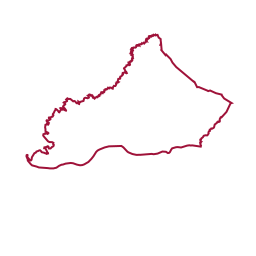 outline of Paso de los Libres, Corrientes, Argentina, rotated 40°
{"feature_id": "61730980B64755596751827", "entity_name": "Paso de los Libres", "entity_type": "district", "adm_level": 2, "iso_a3": "ARG", "parent_name": "Argentina", "parent_adm1": "Corrientes", "projection": "mercator", "projection_center": [-57.461, -29.678], "detail": "fine", "context": "isolated", "style": "outline", "palette": "rose", "viewbox_px": 256, "rotation_deg": 40, "n_neighbors": 0, "source": "geoboundaries", "source_scale": "gbopen_adm2", "svg_char_len": 5546}
<svg xmlns="http://www.w3.org/2000/svg" viewBox="0 0 256 256"><g transform="rotate(40 128 128)"><path d="M66.9,186.4L67.7,188.1L68.5,188.5L75.2,189.6L76.8,189.3L79.0,187.6L80.4,187.3L80.9,188.4L82.0,188.6L82.5,189.6L82.5,190.1L82.0,191.4L81.8,193.5L80.6,194.5L79.5,194.0L79.3,193.6L78.3,193.5L78.0,193.9L78.0,194.6L76.4,196.6L76.8,197.3L77.7,196.6L81.4,198.2L81.9,199.0L82.8,198.6L83.1,198.9L82.2,200.2L81.3,200.2L80.8,200.6L79.8,200.8L77.4,202.0L76.0,201.6L74.9,201.6L74.4,202.2L74.0,203.3L73.0,204.9L73.2,206.1L72.5,207.5L73.2,212.2L74.5,214.3L74.4,215.4L73.4,215.6L70.0,215.0L69.2,214.7L68.7,213.6L68.3,213.3L67.9,213.6L67.8,214.0L68.1,214.5L68.6,215.1L71.5,216.6L72.2,217.4L76.6,218.2L78.5,218.3L82.8,216.3L85.1,215.5L92.3,210.3L94.2,209.1L96.9,206.8L98.7,204.4L99.5,201.3L100.7,198.8L101.6,197.9L103.1,195.4L106.6,191.6L108.6,190.3L112.4,188.9L115.2,187.4L116.8,185.8L117.8,184.1L119.5,179.5L119.8,175.1L119.7,171.9L119.0,166.8L119.2,164.8L120.0,162.8L122.6,157.9L125.2,154.3L134.5,146.0L136.9,145.8L142.6,146.5L143.9,146.4L148.1,145.1L151.7,143.2L155.1,140.2L162.8,132.6L164.5,131.6L167.1,128.6L169.5,123.9L172.4,121.8L174.6,121.6L175.0,121.2L175.5,120.5L175.6,119.5L175.0,116.9L174.9,115.2L177.1,111.9L178.3,110.7L181.2,108.8L184.6,103.5L186.1,101.8L187.3,101.1L188.4,100.0L195.7,95.5L195.2,94.5L194.0,94.0L193.2,93.3L193.3,92.8L193.0,92.5L193.0,91.9L192.5,92.3L192.2,91.4L191.0,90.7L190.9,90.4L191.4,90.0L190.9,88.9L191.3,86.9L191.0,85.3L192.0,83.8L193.4,82.8L193.5,82.5L193.3,80.4L192.5,79.7L192.1,78.6L192.6,77.6L191.7,76.7L192.2,75.9L192.1,74.8L192.9,74.4L193.5,72.8L193.4,72.0L192.2,69.6L192.8,66.9L192.6,66.2L192.9,65.9L192.9,65.1L193.7,65.0L194.1,64.2L194.0,63.8L192.6,62.3L192.1,60.2L192.4,59.6L192.8,59.6L193.1,52.4L190.7,43.2L191.3,42.3L182.7,43.6L178.8,42.7L178.3,42.2L173.0,44.8L166.8,46.5L165.7,48.2L164.9,48.3L156.0,51.1L154.7,52.3L149.4,50.0L148.4,50.1L148.4,50.3L125.7,50.3L120.0,49.3L116.3,47.8L110.0,47.2L110.0,48.1L103.6,46.9L103.7,46.7L99.8,42.8L99.3,43.3L98.8,41.8L96.5,39.7L95.9,38.9L93.3,39.0L90.8,37.7L90.2,38.6L89.4,38.7L89.7,39.2L89.4,39.6L87.9,40.0L87.9,40.5L87.5,40.5L87.5,41.0L87.2,41.3L87.7,41.6L87.4,41.9L87.3,42.4L86.9,42.5L86.9,42.8L86.4,42.7L86.1,43.0L86.4,43.4L85.5,43.6L85.0,44.3L85.2,44.6L85.8,44.2L85.9,44.9L86.1,45.0L86.0,46.0L86.3,46.0L86.1,46.7L85.6,46.6L85.2,47.2L85.9,47.5L85.8,48.0L85.3,48.0L85.5,48.4L85.4,48.6L84.9,48.2L84.8,48.3L85.3,49.3L86.0,49.1L86.0,49.5L86.4,49.6L86.0,49.8L86.1,50.0L86.5,50.1L86.2,51.1L86.3,51.3L85.6,52.0L86.0,52.2L86.1,52.9L85.1,53.1L84.6,54.6L84.1,54.4L84.1,55.6L83.8,55.9L83.6,55.9L82.7,56.9L82.8,57.3L83.4,57.6L82.7,57.8L82.8,58.4L81.9,58.6L82.2,58.1L81.5,58.7L81.5,59.1L82.2,59.1L81.8,60.2L82.2,60.9L82.1,61.6L80.7,62.5L80.6,62.9L80.8,63.6L80.7,63.7L80.1,63.5L79.6,64.1L80.1,65.0L79.7,65.3L80.0,65.7L80.0,66.1L81.0,66.0L80.6,65.6L80.9,65.2L82.0,65.4L82.1,66.1L81.9,66.5L82.4,67.1L81.7,67.3L81.1,67.1L81.1,67.4L81.6,68.4L81.8,68.0L81.6,67.6L81.9,67.6L82.0,68.7L82.5,68.8L82.8,68.3L83.3,68.3L83.6,68.7L83.2,69.2L84.3,69.0L84.1,69.9L85.3,69.7L86.3,70.7L86.4,71.4L86.9,71.5L86.8,71.8L86.3,71.8L86.6,72.6L87.1,72.6L87.7,73.1L87.9,74.6L87.3,76.0L87.1,76.1L86.9,75.6L86.8,75.9L87.1,76.5L86.7,76.7L86.2,77.5L86.9,78.0L87.1,78.0L87.2,77.6L88.5,77.8L88.9,78.5L88.5,79.2L88.2,79.2L88.2,78.8L87.7,78.9L87.0,80.1L86.9,80.8L86.6,81.1L87.1,81.8L86.8,82.7L86.8,83.6L86.5,84.6L86.6,84.9L89.0,85.8L89.4,86.3L90.5,86.1L91.8,86.7L91.6,87.1L90.0,87.4L89.0,88.6L88.9,88.9L89.4,89.7L88.8,89.7L89.7,91.5L89.7,92.7L89.1,93.4L89.2,94.1L89.6,94.7L90.2,95.1L90.2,95.5L89.0,96.6L90.2,99.1L91.3,98.8L91.2,99.3L90.3,99.6L89.9,100.3L90.6,100.9L90.7,101.7L90.5,101.8L90.9,102.1L91.3,103.4L91.3,104.0L91.1,104.2L90.1,104.7L90.2,106.1L91.0,107.7L90.1,108.0L89.3,107.9L88.1,108.6L88.0,109.0L88.3,109.6L87.8,110.0L86.8,110.0L87.0,111.9L86.5,112.7L86.0,112.5L85.7,112.8L86.0,113.4L85.6,114.2L86.0,114.3L86.7,115.8L86.6,116.1L86.1,115.9L86.1,116.4L85.6,116.8L86.0,117.6L84.6,117.8L85.1,119.6L85.4,120.0L84.7,121.1L85.1,121.5L84.6,121.7L84.6,121.9L85.1,121.9L85.3,122.3L84.7,123.2L84.8,123.9L84.4,123.9L83.9,124.3L83.7,125.2L83.8,125.5L83.5,126.0L83.5,126.4L83.0,126.4L83.2,127.0L82.8,127.0L82.7,126.8L82.1,127.1L81.8,126.4L81.8,127.1L81.5,127.3L81.1,127.0L80.8,126.3L80.2,126.2L79.8,126.5L79.8,126.0L79.6,125.9L78.4,126.8L78.0,126.6L76.8,127.2L76.7,127.6L77.0,128.0L76.4,129.0L77.0,129.1L77.2,128.6L78.5,129.8L78.0,131.1L75.9,132.2L75.6,132.7L75.4,133.6L76.5,135.9L74.9,138.2L74.6,139.8L73.9,139.4L73.4,139.5L74.6,140.2L75.1,141.0L74.6,141.2L74.0,140.7L73.2,140.9L73.3,141.4L72.6,141.6L72.5,142.0L70.3,141.6L69.4,141.9L68.9,142.8L68.5,142.8L65.2,142.8L64.6,143.2L64.0,144.0L62.5,144.2L62.4,144.5L62.3,146.0L63.5,146.1L64.0,146.6L63.4,148.2L62.5,149.2L62.4,149.7L62.4,149.9L63.7,149.7L64.6,150.0L64.7,150.6L64.3,151.4L64.5,151.9L64.3,152.4L64.4,153.2L65.1,153.6L67.0,153.7L69.2,154.3L69.3,154.6L68.0,155.0L67.3,154.9L66.2,155.9L65.2,155.0L63.5,156.1L63.4,156.3L64.7,156.6L65.0,156.9L65.0,158.7L65.3,160.1L64.9,160.3L63.2,159.8L60.9,159.7L60.3,160.0L60.8,160.9L60.9,162.4L61.4,163.9L61.5,165.6L61.7,165.9L62.6,166.1L62.9,167.5L62.9,167.9L62.3,168.3L61.9,169.7L60.7,170.7L60.8,171.1L61.2,171.4L62.1,170.8L62.8,170.9L63.0,171.2L62.2,173.9L62.1,174.1L60.9,174.1L60.8,174.6L61.4,175.1L63.5,175.4L64.2,175.1L64.6,176.1L64.6,176.8L63.9,176.8L63.5,176.1L63.2,176.0L63.0,176.5L63.3,177.8L62.7,178.6L64.2,180.9L65.4,181.8L66.4,183.0L67.2,183.7L69.7,183.0L70.3,183.1L70.4,183.4L70.1,184.3L69.1,184.3L68.8,184.5L68.6,185.4L67.8,185.8L67.5,186.9L66.9,186.4Z" fill="none" stroke="#9f1239" stroke-width="2"/></g></svg>